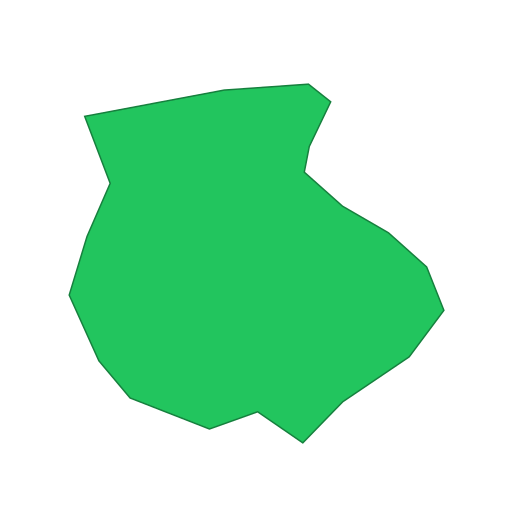 map outline of Pécs (orthographic projection), rotated 281°
{"feature_id": "HUN-4913", "entity_name": "Pécs", "entity_type": "Urban county", "adm_level": 1, "iso_a3": "HUN", "parent_name": "Hungary", "parent_adm1": "", "projection": "orthographic", "projection_center": [18.248, 46.078], "detail": "fine", "context": "isolated", "style": "filled", "palette": "green", "viewbox_px": 512, "rotation_deg": 281, "n_neighbors": 0, "source": "natural_earth", "source_scale": "10m", "svg_char_len": 415}
<svg xmlns="http://www.w3.org/2000/svg" viewBox="0 0 512 512"><g transform="rotate(281 256 256)"><path d="M360.4,61.2L412.8,193.1L434.7,274.7L421.6,299.9L373.7,287.4L347.5,287.4L321.4,331.4L304.0,381.7L277.8,425.6L238.5,450.8L186.2,425.6L129.5,369.0L81.5,337.6L103.4,287.3L77.3,243.3L92.6,159.5L123.1,121.8L182.0,80.1L242.9,86.4L299.5,99.0L360.4,61.2Z" fill="#22c55e" stroke="#15803d" stroke-width="1.5"/></g></svg>